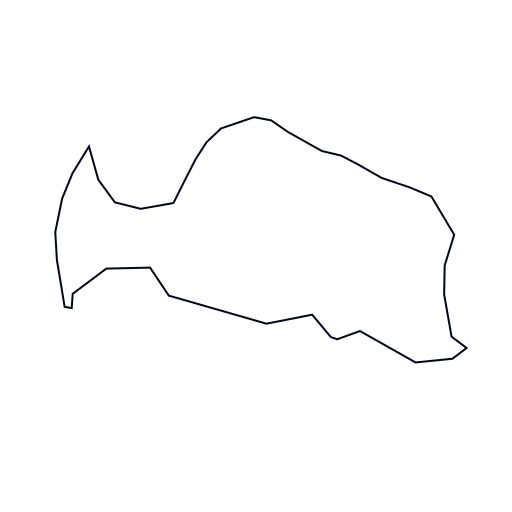 Pedoulas, Nicosia, Cyprus, rotated 347°
{"feature_id": "46923920B72226225421474", "entity_name": "Pedoulas", "entity_type": "district", "adm_level": 2, "iso_a3": "CYP", "parent_name": "Cyprus", "parent_adm1": "Nicosia", "projection": "equal_earth", "projection_center": [32.829, 34.962], "detail": "fine", "context": "isolated", "style": "outline", "palette": "ink", "viewbox_px": 512, "rotation_deg": 347, "n_neighbors": 0, "source": "geoboundaries", "source_scale": "gbopen_adm2", "svg_char_len": 686}
<svg xmlns="http://www.w3.org/2000/svg" viewBox="0 0 512 512"><g transform="rotate(347 256 256)"><path d="M453.9,279.9L440.3,237.5L421.3,223.8L396.0,208.2L375.5,189.3L361.3,177.2L343.9,168.6L315.4,142.7L301.2,127.2L285.4,120.3L250.7,123.8L233.3,134.1L219.1,147.9L201.7,168.6L187.5,185.8L154.3,184.1L130.6,172.0L119.5,146.2L117.9,111.7L95.8,134.1L80.0,156.5L65.8,187.5L61.1,215.1L59.5,241.0L58.1,262.5L64.7,265.3L68.9,251.6L107.3,234.6L150.2,243.5L162.1,275.0L218.0,306.0L250.9,324.3L297.5,325.8L310.7,351.8L315.5,354.8L316.3,355.4L340.4,352.5L387.5,395.6L424.3,400.3L440.5,393.0L428.4,378.6L430.7,335.6L437.7,307.7L453.9,279.9Z" fill="none" stroke="#020617" stroke-width="2"/></g></svg>